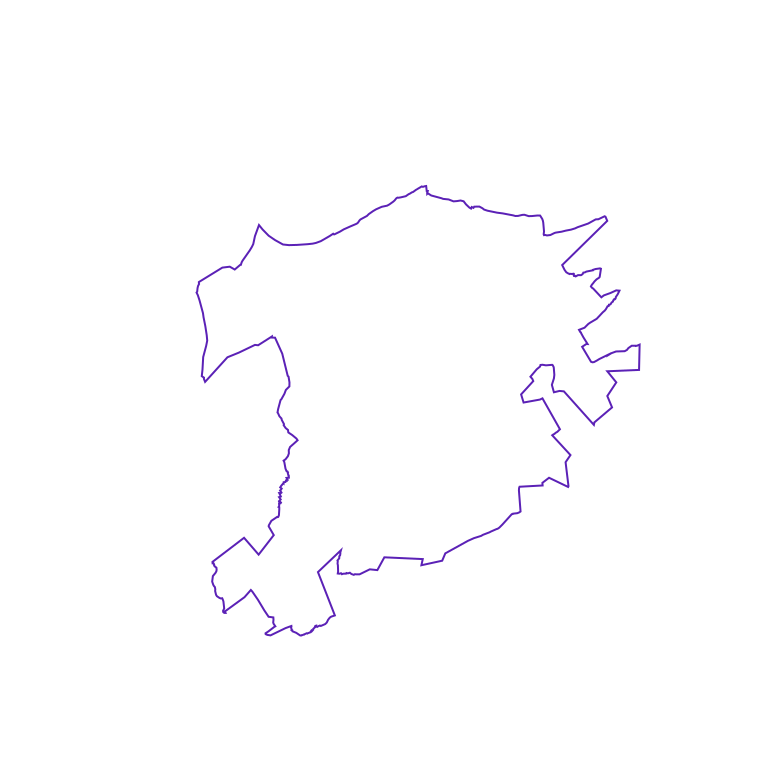 Jiquipilco, México, Mexico (Equal Earth projection), rotated 225°
{"feature_id": "50627088B46383700668676", "entity_name": "Jiquipilco", "entity_type": "district", "adm_level": 2, "iso_a3": "MEX", "parent_name": "Mexico", "parent_adm1": "México", "projection": "equal_earth", "projection_center": [-99.652, 19.592], "detail": "fine", "context": "isolated", "style": "outline", "palette": "violet", "viewbox_px": 768, "rotation_deg": 225, "n_neighbors": 0, "source": "geoboundaries", "source_scale": "gbopen_adm2", "svg_char_len": 6154}
<svg xmlns="http://www.w3.org/2000/svg" viewBox="0 0 768 768"><g transform="rotate(225 384 384)"><path d="M268.3,556.2L276.0,558.0L280.5,559.3L281.2,559.7L281.8,559.5L284.4,560.2L282.0,565.6L282.0,570.9L281.6,573.1L279.7,580.5L280.0,589.4L279.8,592.0L280.0,593.8L280.9,597.1L280.5,597.6L280.3,598.2L281.0,599.1L280.5,599.7L280.2,600.6L280.7,602.6L280.4,604.2L281.0,605.1L281.2,606.5L281.2,606.8L280.7,606.9L280.6,607.6L280.9,608.6L281.6,609.5L282.2,612.7L283.5,616.5L286.0,614.4L288.2,608.5L291.2,602.1L291.6,599.0L303.5,599.4L305.1,599.1L306.7,599.3L307.2,601.1L307.4,603.3L307.7,605.4L307.7,608.3L307.1,611.1L307.2,612.2L312.1,618.9L313.0,618.5L315.7,614.9L317.0,612.4L316.7,612.1L320.4,606.6L320.9,604.9L321.8,603.7L321.3,602.3L321.5,600.7L321.7,600.2L323.8,598.2L324.5,595.7L325.2,595.7L325.7,594.9L326.1,594.7L326.7,595.0L327.5,596.1L327.9,596.1L328.9,594.7L330.3,593.5L330.6,592.9L331.0,592.9L331.7,592.5L334.1,591.9L337.1,592.4L342.1,594.1L341.5,657.2L345.7,658.9L346.6,658.6L348.9,652.1L350.7,650.1L353.1,641.8L358.0,631.7L358.9,629.2L360.9,625.4L363.9,621.0L366.1,617.3L369.6,612.5L370.2,611.4L371.7,607.0L373.8,604.3L375.5,603.3L376.1,602.4L377.0,602.8L378.7,605.0L385.5,610.7L387.1,611.8L388.8,612.6L392.7,613.5L394.6,611.7L398.2,607.3L400.4,605.0L404.3,603.0L405.7,601.5L408.1,597.6L409.9,595.7L412.0,594.5L420.8,588.5L425.2,585.1L433.4,579.7L436.6,578.1L438.6,577.9L442.0,576.9L445.6,573.2L445.3,571.8L447.1,571.2L446.5,569.6L448.5,569.1L453.0,569.0L456.9,569.5L459.6,567.9L461.7,565.0L464.0,562.3L468.8,560.2L473.1,556.7L474.7,556.0L483.9,550.7L487.6,549.9L487.9,549.6L487.9,549.0L488.7,549.7L489.5,551.4L490.3,550.7L494.2,553.8L495.0,552.7L495.9,550.9L497.0,550.4L498.7,543.8L499.2,540.4L499.8,539.2L500.4,536.6L500.8,535.7L501.4,532.2L504.2,527.7L505.6,525.8L506.3,525.3L506.5,524.6L506.6,523.8L506.3,521.4L506.4,519.5L507.2,514.7L507.9,512.3L510.9,507.7L513.1,502.0L514.0,498.5L514.9,493.4L514.9,490.8L517.0,483.7L517.0,482.4L516.5,479.8L516.5,478.8L516.9,477.4L519.2,471.7L521.8,464.9L522.9,460.5L524.9,454.7L525.4,454.3L526.2,454.3L527.0,450.4L529.7,440.3L531.9,435.6L533.7,432.8L537.0,428.7L543.9,420.8L549.4,415.0L554.1,411.2L562.9,408.7L570.4,407.3L579.1,407.4L584.8,408.0L579.8,397.3L575.4,390.5L574.4,387.6L573.4,383.6L571.2,371.1L570.7,369.4L569.5,367.1L569.9,366.7L570.5,359.4L576.0,357.9L580.6,352.0L587.0,325.2L586.2,324.4L585.5,324.0L584.8,321.8L583.6,319.9L581.4,317.2L581.2,316.1L578.5,315.2L573.6,312.7L562.1,306.1L558.8,303.6L551.3,298.6L543.8,293.1L539.7,289.7L536.7,285.2L530.9,275.2L522.5,265.8L518.4,260.7L515.8,261.2L515.0,260.3L512.0,259.0L513.6,292.2L508.8,303.6L502.9,320.4L500.4,322.4L496.9,338.2L496.3,337.4L493.8,339.7L477.4,333.5L457.9,321.7L456.7,321.7L452.0,318.3L449.2,315.4L449.2,310.4L447.5,306.7L445.8,300.7L445.8,299.5L441.0,291.2L439.1,288.5L438.5,288.5L435.0,287.2L432.1,287.1L430.9,286.3L426.3,284.9L425.8,283.9L422.3,283.3L419.4,283.6L417.4,282.1L412.8,283.0L407.3,283.5L405.3,283.1L405.9,273.1L404.6,269.9L402.2,267.7L400.9,265.0L400.4,261.2L400.8,258.8L399.3,258.3L393.8,254.5L391.4,253.5L390.3,253.9L389.5,253.6L389.6,253.3L386.7,251.6L386.5,251.8L385.0,250.5L386.5,248.7L384.5,248.1L385.1,247.3L384.3,246.7L384.9,246.0L384.4,245.0L385.5,243.6L384.8,242.8L385.0,242.8L384.7,239.3L384.3,237.5L382.4,237.7L382.1,236.4L382.2,235.2L379.7,234.7L379.8,233.6L380.3,233.5L381.0,232.8L377.4,231.5L378.2,229.8L375.4,229.3L375.4,226.8L374.8,226.5L374.0,227.3L373.0,227.3L372.8,226.4L373.5,225.1L371.9,223.7L371.6,222.6L371.1,222.9L370.8,222.7L369.5,221.4L365.5,216.9L364.8,215.2L365.0,214.7L365.6,214.4L366.9,207.6L365.5,202.6L364.9,201.8L355.1,199.2L352.0,174.7L374.2,176.3L379.5,136.9L378.4,136.0L377.8,136.7L376.5,136.3L376.3,135.8L374.9,135.3L374.2,135.5L374.1,135.4L372.6,135.6L371.0,134.3L370.1,133.0L369.6,131.3L369.2,127.2L365.8,122.8L362.8,121.3L361.4,120.9L360.0,120.8L358.2,119.6L357.0,118.2L353.7,116.2L352.1,115.8L349.0,116.4L347.7,117.0L346.9,118.1L345.4,117.5L343.8,116.7L338.3,112.3L337.4,109.8L336.5,109.1L335.5,109.1L334.7,109.5L334.2,110.1L335.7,110.5L331.9,134.6L332.5,144.2L330.3,144.1L320.6,142.3L308.6,139.3L301.0,137.8L297.2,140.7L295.5,139.2L293.7,137.0L292.5,136.4L289.5,135.8L289.8,134.9L290.8,127.3L291.5,124.0L291.0,123.5L290.6,123.5L289.1,124.1L286.5,126.0L281.0,141.8L278.4,147.4L277.8,146.9L277.6,146.1L275.8,145.2L275.5,144.6L274.7,145.0L273.9,144.4L270.1,146.0L265.5,146.9L264.7,147.6L264.6,148.2L264.1,148.7L263.6,150.2L263.2,150.5L263.2,151.0L262.4,153.1L261.7,153.4L261.6,154.0L260.3,156.7L260.8,157.1L261.0,158.5L260.2,158.5L260.3,160.2L260.9,160.8L260.8,162.6L261.5,164.4L261.1,165.1L260.4,164.2L260.0,164.9L259.4,165.2L259.4,165.7L258.5,167.9L257.6,168.2L255.8,172.7L255.8,174.9L256.8,177.7L257.1,180.2L257.0,181.6L256.6,182.6L255.1,185.6L297.7,204.3L296.9,236.0L295.6,233.7L295.0,233.3L293.9,231.8L293.8,230.6L292.4,229.1L292.1,226.3L291.4,226.0L289.8,224.1L288.5,223.3L283.9,219.0L282.7,217.3L281.4,218.3L280.6,219.8L279.3,219.7L278.7,221.0L276.7,223.1L276.9,223.8L275.6,224.6L274.7,226.4L272.7,226.6L270.4,227.7L270.1,228.9L268.8,230.0L266.7,232.1L263.0,242.9L257.1,247.7L261.2,261.7L232.8,287.6L229.4,282.3L217.9,300.2L220.9,307.6L213.8,332.3L211.4,338.6L207.9,345.3L207.4,347.3L204.5,353.8L204.1,355.2L201.8,361.1L201.3,361.9L200.9,364.0L200.9,368.3L201.6,382.3L201.0,383.1L201.1,383.5L198.4,386.9L197.6,388.8L197.3,390.4L213.4,404.2L214.9,405.9L215.5,407.2L200.1,424.4L202.1,426.1L201.0,434.4L181.0,441.4L181.3,442.2L200.3,457.1L201.9,465.6L228.8,466.7L228.6,468.0L228.2,469.2L228.1,470.9L227.6,472.8L227.6,476.4L261.8,485.9L262.7,483.3L272.2,469.6L279.7,473.6L280.5,491.6L282.7,492.5L285.6,492.7L286.4,502.4L286.0,506.7L286.8,508.1L285.5,509.7L282.7,511.7L278.6,516.5L278.2,516.6L276.4,516.1L275.5,515.6L270.0,510.9L267.8,508.1L264.7,502.1L258.0,498.3L255.0,503.2L251.6,506.0L206.7,503.5L208.1,505.6L206.2,528.7L217.6,533.4L220.9,549.4L235.1,550.9L213.6,574.3L231.1,592.6L232.2,589.9L232.9,588.9L233.1,589.0L235.9,586.2L236.6,582.2L236.3,579.9L237.0,577.4L242.9,571.1L245.0,566.6L245.8,563.3L246.0,563.9L249.4,553.9L250.1,551.0L251.0,548.0L251.9,546.8L253.3,546.1L270.2,550.4L269.2,555.4L268.3,556.2Z" fill="none" stroke="#5b21b6" stroke-width="2"/></g></svg>